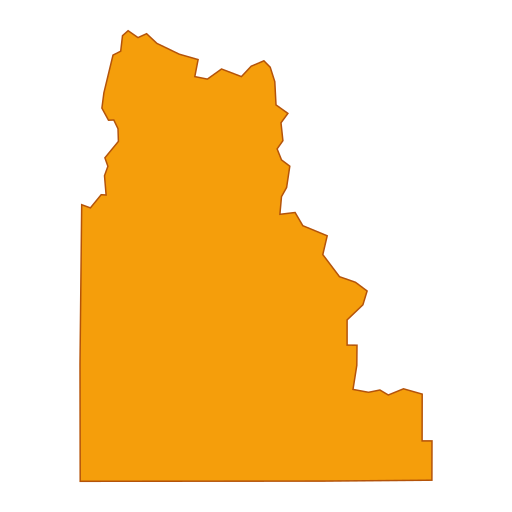 Camas, Idaho, United States of America (Mercator projection)
{"feature_id": "52423323B53719477803884", "entity_name": "Camas", "entity_type": "district", "adm_level": 2, "iso_a3": "USA", "parent_name": "United States of America", "parent_adm1": "Idaho", "projection": "mercator", "projection_center": [-114.75, 43.528], "detail": "fine", "context": "isolated", "style": "filled", "palette": "amber", "viewbox_px": 512, "rotation_deg": 0, "n_neighbors": 0, "source": "geoboundaries", "source_scale": "gbopen_adm2", "svg_char_len": 890}
<svg xmlns="http://www.w3.org/2000/svg" viewBox="0 0 512 512"><path d="M431.9,480.2L432.0,440.9L422.1,440.9L422.2,394.1L403.5,388.8L388.3,395.0L379.9,390.0L368.5,392.3L353.0,389.4L356.8,365.4L357.0,345.2L347.1,345.1L347.1,319.9L362.9,304.8L367.1,291.0L355.5,282.3L339.5,276.7L322.8,254.6L327.2,235.8L302.8,225.7L295.1,212.5L279.9,214.3L281.5,196.6L286.6,187.5L289.8,166.2L281.5,159.9L277.1,148.9L282.9,140.7L281.0,122.8L287.9,113.4L276.0,104.9L274.8,81.7L270.2,67.2L263.9,60.8L251.2,66.2L241.4,76.6L221.5,69.0L207.4,79.1L194.8,76.6L198.1,59.6L179.3,54.2L156.9,43.4L146.6,33.7L138.0,37.6L128.1,30.7L122.5,35.7L120.7,51.2L113.0,55.1L103.9,92.8L101.9,108.1L108.5,120.2L113.8,120.0L118.0,128.7L118.4,141.4L104.9,157.8L107.9,166.3L104.5,175.7L106.1,195.0L101.2,194.7L90.4,207.9L81.7,204.7L80.0,364.2L80.2,481.3L323.3,481.1L431.9,480.2Z" fill="#f59e0b" stroke="#b45309" stroke-width="1.5"/></svg>